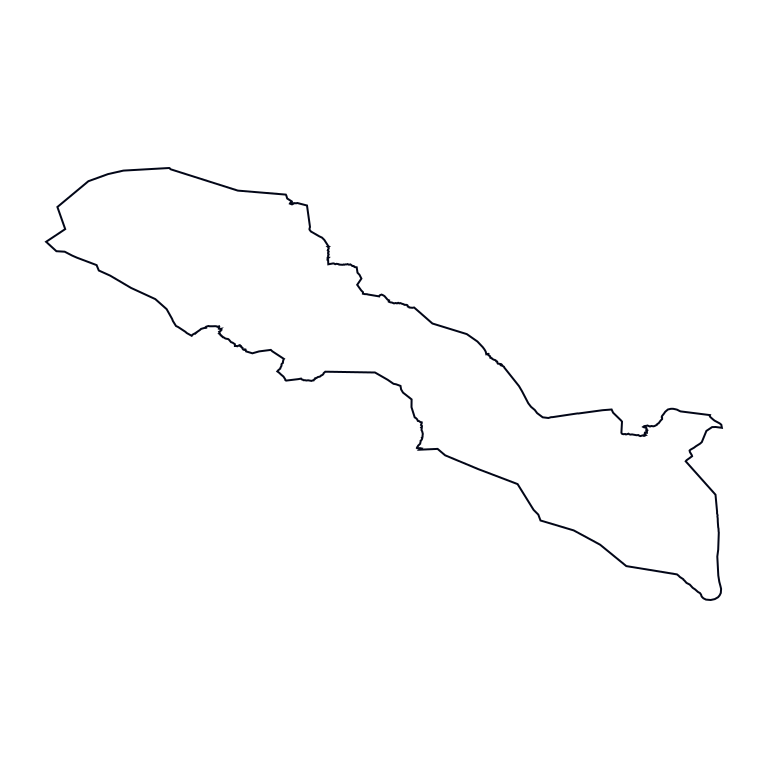 outline of Os nor, Hedmark, Norway
{"feature_id": "86288312B77863424793957", "entity_name": "Os nor", "entity_type": "district", "adm_level": 2, "iso_a3": "NOR", "parent_name": "Norway", "parent_adm1": "Hedmark", "projection": "natural_earth1", "projection_center": [11.302, 62.415], "detail": "fine", "context": "isolated", "style": "outline", "palette": "ink", "viewbox_px": 768, "rotation_deg": 0, "n_neighbors": 0, "source": "geoboundaries", "source_scale": "gbopen_adm2", "svg_char_len": 6069}
<svg xmlns="http://www.w3.org/2000/svg" viewBox="0 0 768 768"><path d="M626.3,566.1L677.0,574.4L678.5,575.6L679.9,577.0L683.3,579.2L683.6,579.9L684.4,580.5L686.5,582.9L689.8,584.6L692.7,587.8L695.1,589.4L697.9,591.9L700.0,593.1L701.1,594.7L701.4,595.9L701.9,596.8L703.4,598.3L706.0,599.6L710.7,600.0L714.8,599.1L718.1,597.2L719.6,595.4L720.8,593.0L721.1,588.9L720.4,585.9L719.3,581.8L718.3,575.5L717.3,556.6L718.2,549.7L718.8,532.5L718.6,531.3L718.5,528.6L718.2,527.3L717.8,521.8L717.7,518.3L717.4,516.3L717.6,515.4L717.0,513.1L717.1,512.0L715.5,494.7L685.7,461.3L686.6,460.2L692.1,456.2L691.8,455.2L689.9,452.0L689.6,450.5L690.5,449.7L694.0,447.7L696.0,446.2L700.0,443.7L701.8,442.1L706.4,430.9L712.1,427.1L715.7,427.0L721.9,427.8L721.3,424.7L719.7,423.4L714.5,420.6L713.0,419.4L710.3,417.0L709.7,415.9L710.0,415.1L680.6,411.4L679.6,411.0L677.1,409.7L675.6,409.3L673.1,408.8L670.9,408.8L667.9,409.5L665.2,411.8L663.9,413.7L662.0,416.1L661.7,417.1L662.1,417.7L662.1,419.1L660.6,420.6L658.6,423.3L657.4,423.9L656.9,424.8L654.6,426.0L653.5,426.3L651.2,426.0L650.0,426.5L647.4,425.5L646.6,425.8L644.3,426.1L643.2,426.9L643.7,427.2L644.2,427.1L645.1,427.6L646.3,427.9L646.6,428.8L646.4,429.4L647.2,430.1L646.8,430.4L647.1,430.7L646.8,431.2L646.3,431.2L646.4,431.8L646.9,432.0L646.9,432.8L644.9,432.7L644.7,433.6L645.0,434.3L645.7,435.0L644.3,435.2L644.9,435.6L644.7,435.8L644.3,435.8L644.4,435.5L643.7,435.2L640.2,436.1L638.9,435.5L638.5,435.1L636.4,435.2L632.0,434.4L630.6,434.6L629.3,434.3L628.5,433.7L626.7,434.3L625.8,434.4L625.2,434.0L623.5,434.2L622.5,434.0L621.8,433.6L621.4,432.7L622.0,421.6L621.1,420.5L613.1,412.7L611.6,409.5L602.6,410.2L578.3,413.5L577.6,413.4L552.8,417.1L551.0,417.2L548.4,418.0L542.7,417.3L537.1,413.1L534.8,410.0L531.0,406.8L528.3,403.3L522.1,391.4L519.0,386.1L504.3,367.6L504.0,366.8L502.6,365.9L500.9,365.3L501.0,364.9L501.3,364.6L500.5,364.4L500.6,364.0L497.8,363.6L497.3,362.6L497.3,361.9L497.1,361.5L496.2,361.3L495.8,360.5L495.2,360.1L494.1,359.8L492.4,359.0L492.0,358.4L490.7,357.9L490.9,357.6L490.1,357.0L490.0,356.2L488.4,355.2L488.5,353.9L488.2,353.8L486.3,354.3L485.7,351.6L484.5,349.5L482.8,347.2L477.4,341.5L466.8,334.1L432.4,323.5L414.1,307.5L412.4,307.8L409.4,307.5L409.3,307.2L407.7,306.5L407.6,305.5L407.0,305.0L406.0,304.8L404.8,304.9L404.0,304.6L403.8,304.3L402.1,303.8L400.4,303.1L399.2,303.4L398.6,302.9L397.9,302.9L397.0,303.4L395.8,303.0L394.0,303.4L391.8,302.5L390.6,302.4L389.2,301.9L388.7,301.6L389.1,300.4L387.6,299.7L384.5,296.1L382.6,295.0L381.5,294.6L379.8,295.3L379.3,295.8L379.2,296.4L368.0,294.5L367.0,294.2L364.7,294.1L362.9,293.7L363.0,292.2L361.2,290.4L357.2,284.8L361.4,278.6L359.5,274.8L357.5,272.7L356.7,267.3L354.8,267.1L354.2,266.7L354.2,266.4L353.5,266.0L352.3,266.0L351.9,265.5L350.4,264.4L349.0,264.7L347.5,264.1L346.9,264.4L345.2,264.4L344.5,264.7L343.5,264.5L343.0,264.8L339.1,264.6L338.8,264.2L336.6,263.8L335.2,264.2L334.2,263.6L333.2,263.4L328.3,264.3L328.1,260.1L327.7,259.9L327.9,259.6L327.5,259.2L327.6,258.4L327.9,258.5L328.1,258.2L328.4,257.9L328.2,257.9L328.3,257.5L327.8,257.2L328.2,256.5L328.1,255.6L328.3,255.0L328.6,254.8L328.7,254.4L328.4,253.8L328.1,253.6L328.2,253.2L328.1,252.5L328.3,252.0L328.7,251.7L328.4,251.0L327.8,250.5L328.1,249.9L328.0,249.5L328.7,248.7L328.6,247.7L328.4,247.5L328.7,247.1L328.6,246.7L328.3,246.6L328.5,246.5L328.2,246.4L328.4,246.3L324.3,239.9L322.0,237.6L319.4,236.4L310.9,231.5L309.5,229.6L309.5,228.7L310.0,227.0L307.0,205.5L297.3,203.0L296.1,203.3L294.0,203.1L293.8,203.5L292.0,204.4L289.9,203.6L290.1,203.2L291.1,202.2L291.9,202.2L291.9,201.5L287.2,198.5L286.3,195.5L285.8,194.6L237.8,190.6L171.0,169.4L170.4,169.1L169.9,168.4L169.2,168.0L123.4,170.6L108.0,174.1L88.4,181.2L57.4,207.0L65.2,229.1L46.1,241.8L56.4,251.2L64.7,251.7L72.2,255.6L77.0,257.7L96.6,265.1L98.8,270.5L110.1,275.6L131.0,287.9L155.3,299.1L166.6,309.1L172.1,318.9L172.9,321.0L176.0,326.0L178.1,327.0L185.4,331.8L186.7,333.0L191.7,335.8L192.5,334.7L194.7,333.5L195.1,333.7L195.7,333.2L195.4,333.1L199.9,330.0L201.1,328.9L204.2,328.0L205.6,327.9L206.0,327.8L205.7,327.1L206.2,326.7L208.5,326.0L209.9,326.3L215.4,326.2L216.4,326.3L217.1,326.7L218.1,326.5L218.4,326.8L219.1,326.4L219.3,326.9L218.6,327.7L219.0,328.2L218.9,328.7L220.3,329.0L220.8,328.9L220.7,329.0L221.3,329.3L221.5,329.8L221.1,330.1L220.7,330.8L219.1,331.8L219.6,332.7L219.7,333.2L219.2,333.6L220.0,334.0L220.1,334.5L221.0,335.2L220.9,335.5L221.7,335.9L222.0,336.2L222.0,336.4L222.6,336.7L222.8,337.2L223.6,337.3L225.0,338.3L226.1,338.7L228.0,339.0L228.9,339.6L231.1,342.2L232.5,342.6L234.9,344.2L234.9,346.0L236.6,346.0L237.2,346.3L238.4,345.7L239.8,345.1L240.2,345.6L240.0,345.8L240.0,346.0L240.4,346.3L241.0,346.2L241.1,346.6L241.5,346.9L241.5,347.2L242.6,348.0L242.5,348.6L243.3,349.6L244.2,349.9L244.6,349.4L245.5,349.5L246.1,351.4L252.4,353.3L259.1,351.4L270.8,349.9L272.3,351.3L283.9,358.9L283.6,359.2L283.0,361.4L282.9,362.9L281.8,363.8L281.5,364.3L281.5,365.8L280.4,367.8L280.3,368.6L278.4,370.1L277.3,371.4L279.0,372.6L281.1,374.6L283.5,376.6L285.3,379.4L285.3,380.0L286.1,380.6L298.5,379.1L301.0,378.6L301.2,379.0L301.7,379.4L302.7,379.6L303.4,380.2L305.0,380.2L306.3,380.5L308.2,380.3L311.5,380.9L312.7,380.4L313.6,380.4L314.0,379.6L314.4,379.5L315.3,378.7L315.1,378.4L315.2,378.2L316.5,378.0L317.7,377.1L319.9,376.6L320.8,375.9L321.0,375.6L322.5,374.9L323.3,374.1L323.7,373.1L325.3,371.7L375.0,372.5L387.7,379.8L393.5,383.8L396.1,384.3L400.5,385.9L401.1,389.4L403.0,392.6L411.6,399.4L411.5,407.2L414.7,417.4L415.8,418.0L417.2,419.4L417.8,420.9L419.0,421.1L420.4,422.1L421.7,422.3L421.8,422.9L421.0,425.0L422.0,426.0L421.9,426.7L421.2,427.5L421.8,427.9L421.5,430.1L422.2,431.4L422.8,433.9L422.5,436.1L422.6,436.9L421.8,437.8L422.2,438.4L421.9,439.3L421.5,440.0L420.6,440.8L420.7,441.3L420.3,442.8L420.2,443.7L418.1,445.7L417.7,446.7L417.1,447.3L417.3,447.6L417.0,448.1L417.3,448.3L418.5,448.3L419.9,448.1L421.3,448.4L419.7,449.7L437.6,448.9L445.1,455.3L478.2,469.1L517.6,484.1L533.6,509.9L538.3,514.6L540.5,520.5L573.7,530.4L600.1,544.7L626.3,566.1Z" fill="none" stroke="#020617" stroke-width="2"/></svg>